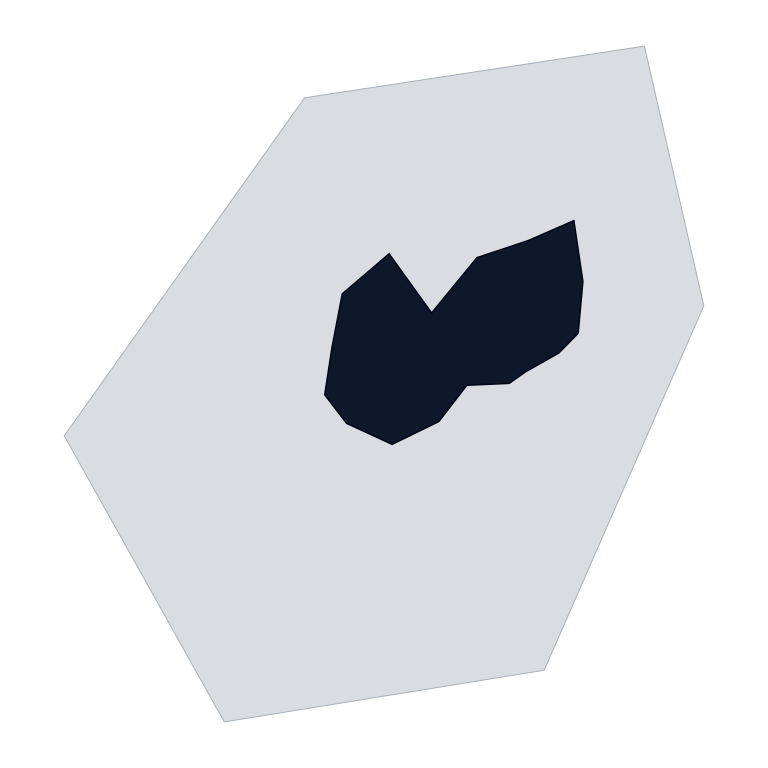 where Domagnano sits in San Marino
{"feature_id": "SMR-4887", "entity_name": "Domagnano", "entity_type": "state/province", "adm_level": 1, "iso_a3": "SMR", "parent_name": "San Marino", "parent_adm1": "", "projection": "equal_earth", "projection_center": [12.471, 43.949], "detail": "fine", "context": "in_parent", "style": "filled", "palette": "ink", "viewbox_px": 768, "rotation_deg": 0, "n_neighbors": 0, "source": "natural_earth", "source_scale": "10m", "svg_char_len": 491}
<svg xmlns="http://www.w3.org/2000/svg" viewBox="0 0 768 768"><path d="M544.2,670.2L224.3,721.9L64.2,435.8L304.5,97.8L644.4,46.1L703.8,305.8L544.2,670.2Z" fill="#d9dde1" stroke="#a8b0b8" stroke-width="1"/><path d="M573.9,220.6L582.9,281.5L578.2,333.2L559.0,352.9L525.3,372.0L509.2,383.4L466.8,385.3L438.9,421.5L392.1,444.4L346.6,423.4L324.7,394.8L332.0,347.2L342.3,293.8L389.1,253.8L431.6,312.9L477.0,257.6L528.3,240.5L573.9,220.6Z" fill="#0f172a" stroke="#020617" stroke-width="1.5"/></svg>